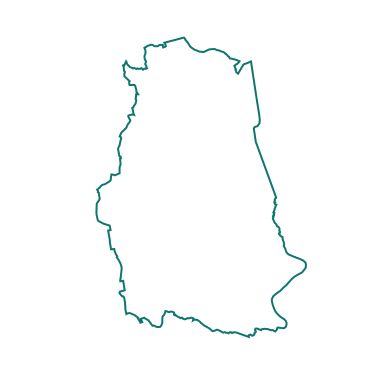 Piojó, Atlántico, Colombia, rotated 259°
{"feature_id": "7082276B86748293561123", "entity_name": "Piojó", "entity_type": "district", "adm_level": 2, "iso_a3": "COL", "parent_name": "Colombia", "parent_adm1": "Atlántico", "projection": "orthographic", "projection_center": [-75.155, 10.743], "detail": "fine", "context": "isolated", "style": "outline", "palette": "teal", "viewbox_px": 384, "rotation_deg": 259, "n_neighbors": 0, "source": "geoboundaries", "source_scale": "gbopen_adm2", "svg_char_len": 5971}
<svg xmlns="http://www.w3.org/2000/svg" viewBox="0 0 384 384"><g transform="rotate(259 192 192)"><path d="M84.7,104.3L85.2,105.6L85.1,107.5L84.1,109.4L81.6,112.7L78.7,115.2L78.5,115.3L78.3,114.8L74.5,116.2L73.5,116.4L73.8,118.4L74.3,118.3L74.3,118.1L75.5,117.8L75.8,117.5L76.2,117.5L76.6,117.3L76.9,117.4L76.8,117.9L77.3,118.0L77.7,121.1L77.3,121.3L74.3,124.8L68.2,127.7L68.2,129.0L68.0,129.6L66.9,130.6L66.2,131.9L65.8,133.3L65.6,134.8L66.1,135.6L66.8,136.4L69.1,137.8L74.0,138.9L74.8,139.1L75.7,139.7L76.7,141.1L78.7,142.5L80.2,143.2L79.5,144.8L78.7,145.9L78.5,147.2L78.7,148.4L77.9,150.4L77.3,151.1L76.5,151.4L75.4,151.0L75.2,151.7L75.0,151.9L74.4,151.6L74.3,152.4L73.9,152.5L73.7,152.7L73.3,153.3L72.4,154.1L71.1,156.0L70.6,156.2L70.4,156.5L70.3,156.8L70.6,158.2L69.0,159.3L68.4,160.6L68.6,162.2L69.1,163.5L68.6,164.7L68.7,167.9L67.5,169.3L67.0,168.9L66.7,169.0L65.7,168.5L66.2,169.6L65.6,172.6L63.3,174.9L61.6,175.9L61.2,176.4L59.1,178.0L54.5,183.3L51.4,185.7L51.6,188.5L52.0,189.5L52.0,190.5L50.9,192.3L48.1,195.6L48.0,196.1L48.2,197.4L47.3,198.7L47.0,200.0L46.3,201.0L47.0,202.0L47.2,202.5L46.7,203.7L46.2,203.9L45.9,204.7L46.4,205.6L46.1,207.0L46.1,207.5L45.4,209.0L38.9,220.1L40.5,220.3L40.9,221.6L40.8,222.3L39.4,223.7L39.5,224.4L40.0,225.8L40.4,226.1L41.6,226.3L41.8,226.7L42.1,227.6L42.5,228.0L43.3,227.9L44.4,227.5L45.1,227.7L45.7,228.3L45.8,229.0L45.3,230.0L45.0,231.0L44.4,231.4L43.8,232.8L43.5,233.0L43.2,233.4L43.2,233.6L43.8,234.1L44.0,234.8L44.1,235.4L43.8,235.9L43.9,237.1L43.6,237.8L43.0,240.2L42.0,241.8L41.2,243.3L41.1,244.8L39.2,247.0L40.1,248.4L40.9,249.1L42.1,249.6L42.6,250.3L41.3,254.2L40.9,255.4L40.8,256.6L41.8,258.4L43.2,259.2L45.4,259.9L47.6,259.5L49.6,258.1L51.2,256.4L53.7,254.1L56.9,252.0L59.6,250.8L65.7,249.7L69.6,249.6L71.1,249.8L73.9,251.5L75.8,254.7L77.2,257.6L78.1,259.8L80.7,263.5L82.4,266.6L87.6,273.4L89.3,276.4L90.6,279.8L92.0,284.6L94.1,287.1L96.0,289.2L99.2,290.0L101.1,289.9L103.6,288.0L106.9,283.3L107.7,281.7L108.6,280.6L109.0,279.7L110.9,277.0L111.6,275.7L112.9,274.4L114.6,273.3L116.7,272.9L118.8,272.7L121.1,271.9L121.9,271.8L122.4,272.3L122.9,272.4L125.5,272.5L127.2,272.1L128.6,272.0L130.4,272.3L130.8,272.0L131.0,271.5L131.4,271.3L131.8,270.6L132.7,270.3L133.2,269.8L133.9,269.7L134.2,269.3L135.0,269.8L135.2,270.5L135.9,270.8L136.2,270.8L136.9,270.4L137.4,270.3L138.0,270.6L139.5,270.9L141.1,270.3L141.6,269.8L142.1,268.9L144.0,268.7L146.0,267.3L147.3,267.0L148.5,266.9L149.1,266.5L149.9,266.5L150.7,266.3L151.4,267.0L151.8,266.8L152.8,266.9L153.2,267.3L152.9,267.6L153.1,267.9L153.4,268.1L154.1,267.9L154.2,268.3L154.5,268.5L155.3,268.4L156.0,268.8L156.2,268.5L156.1,268.0L156.4,267.9L157.2,268.7L158.3,269.2L158.9,269.7L159.8,269.9L161.0,270.9L161.8,271.1L162.6,271.8L163.4,272.3L163.5,272.0L164.0,271.3L164.9,271.3L165.1,271.1L165.8,271.8L166.1,271.7L166.6,270.9L167.8,271.6L168.3,271.7L169.2,272.0L169.7,272.4L170.1,273.2L170.5,273.6L170.8,273.5L229.1,264.2L242.7,264.8L243.4,265.5L243.8,266.4L244.1,267.3L244.1,268.7L246.4,271.2L249.7,272.3L254.8,272.7L270.0,273.2L308.9,274.8L307.9,270.5L307.6,267.9L307.2,266.7L299.4,259.8L301.1,258.4L304.0,258.0L304.3,258.5L307.6,257.6L308.7,259.3L309.0,260.5L310.1,262.3L311.3,263.6L311.7,263.1L311.8,262.6L312.9,261.4L315.0,257.0L316.0,254.6L318.0,253.9L318.5,253.1L320.0,252.5L321.5,251.0L322.9,250.2L324.1,248.1L325.8,245.4L326.7,243.3L328.1,241.4L328.7,236.3L327.2,230.2L328.3,226.3L331.4,221.4L334.3,218.6L335.7,217.7L339.0,216.6L341.8,215.0L342.8,214.5L343.2,214.6L345.1,213.6L343.8,193.4L342.0,194.0L340.1,194.2L339.6,192.9L339.4,191.3L342.1,191.3L342.1,190.3L342.5,188.9L342.5,188.2L342.3,187.5L341.9,187.0L341.6,186.2L341.7,185.5L342.0,184.8L342.1,183.5L342.6,182.6L343.6,181.7L344.1,180.9L344.4,179.9L344.2,178.8L343.9,176.0L343.1,174.7L342.8,173.0L342.6,172.7L340.2,173.3L337.2,172.9L336.4,172.5L335.4,171.7L333.6,171.1L331.2,171.0L328.9,171.8L326.6,170.5L325.8,170.6L324.6,171.3L323.3,171.0L322.6,171.2L322.1,171.4L321.9,170.4L321.7,170.2L322.2,168.7L322.0,168.4L321.7,167.9L321.4,167.2L323.2,166.1L323.1,165.3L322.9,164.8L322.9,164.0L323.1,163.5L323.1,163.0L323.7,161.9L323.7,161.4L323.4,160.9L324.8,158.7L324.5,157.7L325.2,157.1L325.9,155.9L326.2,155.3L326.7,154.7L327.9,154.1L328.2,153.8L328.6,153.7L329.2,153.0L331.4,152.5L332.5,152.5L332.9,152.3L329.6,150.0L329.3,149.6L329.6,149.1L329.5,148.5L329.2,148.3L328.3,148.9L327.9,148.9L324.1,148.3L323.5,148.7L322.6,149.1L320.7,148.0L318.4,147.8L317.7,148.4L316.8,148.9L312.9,151.8L312.8,151.5L312.5,151.5L311.6,151.2L310.8,151.2L309.6,151.0L309.0,151.1L308.8,151.3L308.2,155.7L308.0,156.0L307.0,156.5L302.7,156.8L301.1,156.5L298.2,157.7L298.6,155.8L295.6,155.1L294.2,154.4L292.7,154.8L289.9,153.6L289.2,153.2L288.2,152.0L286.3,150.4L286.0,150.1L285.8,149.3L283.9,149.6L280.2,149.5L278.8,149.8L279.1,149.3L279.5,147.6L279.4,145.2L278.8,143.9L277.3,144.0L274.4,145.1L273.7,145.0L272.1,143.7L270.8,142.0L267.4,139.6L263.7,133.9L260.3,131.6L259.7,132.5L259.0,132.8L258.5,132.8L254.1,130.8L251.4,129.7L249.4,128.1L248.2,127.6L240.9,127.6L240.4,128.1L240.2,128.8L238.6,128.6L238.5,127.7L233.7,127.3L231.8,126.7L230.7,125.9L228.6,125.3L224.2,124.5L223.1,119.5L224.1,117.9L224.3,116.9L224.6,116.3L222.4,115.4L219.1,114.4L218.5,113.9L216.3,108.1L216.1,105.3L215.2,103.6L214.2,102.6L213.6,101.7L212.4,99.3L211.1,99.9L209.8,99.6L209.6,100.0L209.1,100.3L202.9,100.1L202.3,99.8L198.9,96.4L198.4,96.2L191.2,94.5L188.3,94.0L182.6,94.1L182.0,94.3L181.2,94.8L177.8,99.1L174.7,104.8L170.2,104.8L170.1,102.3L160.7,102.2L158.2,101.8L151.2,101.6L150.9,104.7L148.7,104.8L146.4,105.2L143.5,106.1L143.1,106.4L142.0,105.7L140.9,106.4L136.5,107.9L134.2,108.3L132.3,108.5L130.5,108.4L129.1,108.0L122.0,105.8L121.0,105.4L120.4,105.3L119.3,104.7L118.0,104.6L117.9,107.5L108.4,107.2L107.9,102.3L107.7,101.9L106.9,101.6L106.4,101.6L103.9,102.9L103.1,103.5L102.7,104.1L102.7,104.5L102.3,104.8L100.8,105.2L96.4,105.2L93.7,104.8L92.8,104.8L91.8,104.5L90.9,104.5L89.8,104.2L84.7,104.3Z" fill="none" stroke="#0f766e" stroke-width="2"/></g></svg>